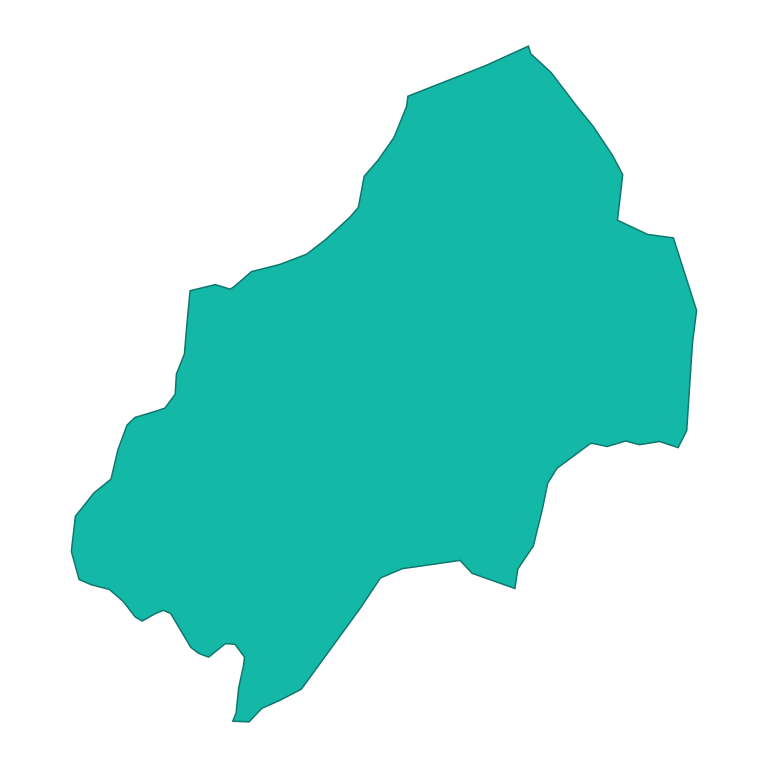 the district of Haute-Sanaga, Centre, Cameroon
{"feature_id": "32672807B25561230915667", "entity_name": "Haute-Sanaga", "entity_type": "district", "adm_level": 2, "iso_a3": "CMR", "parent_name": "Cameroon", "parent_adm1": "Centre", "projection": "equal_earth", "projection_center": [12.366, 4.679], "detail": "fine", "context": "isolated", "style": "filled", "palette": "teal", "viewbox_px": 768, "rotation_deg": 0, "n_neighbors": 0, "source": "geoboundaries", "source_scale": "gbopen_adm2", "svg_char_len": 1332}
<svg xmlns="http://www.w3.org/2000/svg" viewBox="0 0 768 768"><path d="M678.1,447.6L686.7,430.7L692.4,343.9L692.9,339.6L696.6,310.5L673.4,237.9L647.5,234.4L617.4,220.2L620.5,194.3L622.7,174.7L612.8,155.8L593.1,126.3L577.2,106.8L550.9,72.3L530.8,53.8L528.4,46.1L485.6,65.6L407.9,96.2L406.6,106.3L394.2,137.1L378.5,159.7L364.2,176.2L358.4,207.3L350.0,217.1L325.5,239.6L306.6,254.2L279.5,264.5L251.4,271.6L234.8,286.1L230.2,289.2L215.3,284.6L190.1,290.7L186.7,326.2L184.9,347.9L184.4,354.0L178.8,368.0L176.4,374.1L175.2,394.2L164.9,408.1L155.7,411.2L135.1,417.4L131.0,421.3L127.0,425.1L117.9,449.8L111.0,479.1L93.8,493.0L87.3,501.3L75.4,516.2L72.0,545.6L71.4,551.6L79.1,579.5L91.3,584.8L109.2,589.4L123.2,601.4L125.5,604.4L134.3,615.8L135.5,617.2L142.2,621.0L155.6,613.5L163.4,610.4L170.7,613.5L177.4,624.8L189.8,645.7L190.8,647.4L198.7,653.4L208.7,657.1L210.2,655.9L218.8,648.9L225.5,643.6L235.0,644.3L244.5,657.1L243.4,666.2L238.6,688.1L238.2,692.5L236.1,712.9L232.8,721.2L249.0,721.9L261.8,708.4L263.5,707.6L280.3,700.1L301.3,689.2L350.7,621.4L360.9,607.3L378.8,580.4L380.4,578.0L402.2,568.7L460.0,560.4L472.2,573.4L514.9,588.5L517.8,569.0L533.4,545.9L542.5,508.6L547.7,483.2L557.0,468.3L590.3,443.6L592.6,443.4L607.1,446.5L625.6,441.0L639.5,444.7L659.7,441.5L678.1,447.6Z" fill="#14b8a6" stroke="#0f766e" stroke-width="1.5"/></svg>